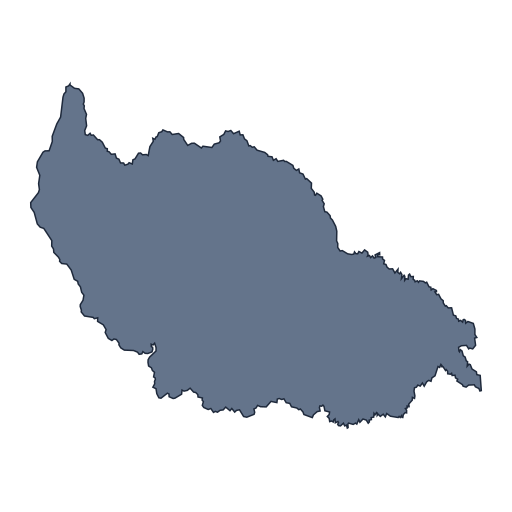 Cajibío, Cauca, Colombia (Equal Earth projection)
{"feature_id": "7082276B54436910707179", "entity_name": "Cajibío", "entity_type": "district", "adm_level": 2, "iso_a3": "COL", "parent_name": "Colombia", "parent_adm1": "Cauca", "projection": "equal_earth", "projection_center": [-76.672, 2.658], "detail": "fine", "context": "isolated", "style": "filled", "palette": "slate", "viewbox_px": 512, "rotation_deg": 0, "n_neighbors": 0, "source": "geoboundaries", "source_scale": "gbopen_adm2", "svg_char_len": 6038}
<svg xmlns="http://www.w3.org/2000/svg" viewBox="0 0 512 512"><path d="M369.1,420.2L371.4,419.6L371.2,417.6L373.7,417.1L374.0,413.4L375.0,414.8L376.6,412.5L377.2,413.0L377.2,415.4L378.1,414.2L380.3,416.4L383.2,414.2L385.3,416.9L386.7,413.5L390.4,416.2L398.2,417.5L399.1,416.4L400.2,417.5L401.5,415.7L402.0,417.4L402.8,417.5L403.3,414.6L405.2,412.6L406.6,412.9L406.6,410.3L405.4,408.5L407.0,408.1L407.1,406.3L407.9,406.9L408.4,405.3L409.0,405.9L408.8,404.0L412.3,400.1L412.4,397.4L414.5,398.4L414.9,395.9L414.0,391.1L414.5,387.7L416.4,387.2L417.8,385.1L420.2,386.1L422.4,383.0L424.2,386.2L426.7,381.8L428.7,380.4L431.0,381.3L431.9,377.9L435.0,375.8L438.0,366.5L439.6,367.4L440.9,364.4L442.0,365.7L441.7,366.7L443.1,366.8L445.5,370.5L446.2,369.6L447.6,371.2L447.7,373.8L450.5,374.2L451.6,373.3L452.1,375.5L455.0,375.2L455.5,377.9L457.7,379.2L456.9,381.0L462.4,384.6L463.1,386.2L466.1,387.1L468.6,385.1L474.3,384.8L475.4,386.8L478.9,388.5L479.9,391.0L481.3,390.6L480.2,375.4L476.8,374.6L476.4,371.8L472.0,369.0L470.3,364.7L469.0,364.1L467.2,366.2L467.6,361.7L466.3,360.9L465.1,357.0L463.3,355.8L462.0,351.0L460.4,349.7L459.5,351.8L458.9,350.9L458.6,347.3L461.5,345.7L466.5,345.4L468.7,348.9L469.7,348.1L472.7,348.9L475.6,345.3L474.6,338.1L476.8,337.5L474.9,334.5L474.9,329.0L473.3,323.4L467.9,321.5L465.7,323.2L465.5,320.4L464.1,319.4L463.2,319.7L462.6,322.1L460.6,320.4L458.7,321.2L458.4,319.1L456.5,318.4L455.8,315.9L453.4,315.1L451.6,307.8L448.2,307.9L446.3,305.7L445.3,306.1L443.3,303.0L443.2,300.7L441.0,298.9L438.6,294.3L436.7,294.7L434.9,291.9L436.5,291.6L436.4,290.5L432.9,288.7L431.2,289.9L430.8,287.2L429.0,286.8L426.7,282.2L425.3,282.9L423.5,281.4L419.5,280.9L418.5,282.3L417.3,280.8L415.1,281.8L414.6,280.2L413.2,279.4L413.3,276.5L410.9,276.7L409.6,274.1L408.5,275.1L408.1,279.2L405.9,278.7L404.7,280.3L404.8,276.3L404.1,275.3L401.4,278.8L401.9,274.5L400.6,272.3L399.7,273.8L397.8,272.4L398.0,269.2L394.9,273.0L392.6,268.8L389.2,269.0L387.0,267.1L386.0,264.5L383.7,263.8L384.5,260.4L382.6,259.0L382.5,257.0L377.4,256.7L378.1,254.7L379.7,254.8L379.6,252.6L375.1,254.9L375.6,257.6L374.1,258.1L372.5,255.9L370.6,257.6L369.5,255.5L367.5,256.2L368.1,254.9L367.7,252.2L364.6,249.9L361.9,253.1L358.9,251.5L357.7,253.8L355.9,253.7L354.5,251.9L353.8,254.1L351.6,254.5L347.6,253.8L342.3,250.6L340.1,251.0L337.7,247.4L337.8,243.6L336.6,240.9L336.8,231.2L335.7,226.4L332.4,220.0L330.5,218.1L330.1,215.7L326.9,212.1L324.8,211.7L323.4,206.6L324.2,203.8L322.1,200.4L322.8,199.2L321.1,195.9L316.8,193.2L315.5,195.3L314.6,195.0L314.2,192.2L311.3,188.4L311.5,183.1L306.7,178.6L305.4,179.1L303.0,174.1L299.6,172.8L298.8,169.0L296.4,170.4L293.8,168.3L292.9,165.4L286.3,161.4L284.7,161.5L283.6,160.3L277.8,161.4L276.1,158.7L273.4,160.3L272.0,156.8L268.0,156.3L267.6,154.7L264.7,152.4L257.1,150.2L254.2,146.8L252.3,147.3L250.2,145.6L248.8,145.9L246.9,140.7L244.5,138.9L242.9,134.8L240.2,134.9L239.2,131.2L233.6,133.7L230.8,130.5L228.1,131.5L225.6,130.9L223.8,134.4L219.8,136.9L220.5,141.0L219.1,142.8L214.3,144.1L211.9,147.5L202.9,146.2L201.4,148.0L194.4,143.2L191.6,143.3L187.7,145.4L183.7,139.4L183.6,137.5L178.6,133.5L172.2,134.5L169.9,131.8L167.5,131.9L162.9,129.9L161.8,131.7L158.8,132.7L157.2,136.6L156.0,137.0L154.9,139.3L152.8,138.3L153.3,141.3L149.9,146.6L148.2,155.6L146.3,154.5L142.5,154.8L140.6,153.0L138.5,153.2L135.0,158.9L132.9,159.8L132.3,164.0L129.1,162.7L127.9,164.2L124.8,165.2L123.6,163.0L120.5,162.9L118.9,159.2L116.4,158.1L115.1,153.9L111.3,154.3L109.0,151.7L107.3,151.3L107.3,148.7L105.3,148.1L102.3,142.2L99.5,139.7L97.6,139.7L93.4,135.0L91.2,135.3L90.1,133.3L87.7,135.4L85.3,134.6L84.7,130.6L86.6,125.8L85.7,118.4L86.5,114.4L84.0,108.5L84.3,105.8L83.3,104.1L84.1,101.9L84.1,98.1L82.6,93.3L78.8,88.9L74.5,88.3L70.0,85.0L70.0,83.9L68.6,85.9L65.9,87.0L65.9,91.8L64.0,93.9L63.0,97.1L60.6,117.1L56.8,123.9L52.2,136.3L52.3,141.5L49.1,150.8L45.0,150.9L43.0,152.2L37.4,161.8L36.6,167.3L39.8,175.3L38.6,183.7L39.4,189.6L38.4,192.7L30.7,202.6L30.9,207.5L34.2,212.4L37.3,223.9L40.2,227.2L43.8,228.4L51.8,240.6L51.7,246.1L53.5,249.0L53.8,252.4L58.4,257.1L59.8,259.5L59.6,261.3L61.7,263.5L66.8,264.1L71.2,270.0L74.2,279.3L77.7,281.3L78.2,284.0L80.4,286.8L81.7,292.3L83.9,295.2L83.0,300.3L80.3,304.6L80.2,306.5L81.4,310.2L81.2,311.9L84.5,316.0L93.2,317.4L94.3,318.7L97.7,317.8L97.6,321.4L103.3,324.8L106.1,329.6L105.2,332.5L108.3,338.4L111.9,340.5L113.9,339.0L116.4,339.5L119.1,343.3L118.9,344.8L120.8,347.9L124.3,350.1L133.6,350.5L137.6,352.2L139.1,354.3L141.8,353.9L142.9,351.6L145.1,353.3L147.8,353.5L152.0,351.9L152.8,349.2L152.6,347.3L151.3,346.6L151.2,344.2L153.0,345.0L154.6,343.2L156.1,347.7L156.0,351.0L149.6,357.1L148.1,359.8L148.0,362.5L148.6,366.0L151.4,367.8L152.4,370.5L154.5,372.3L153.6,376.9L155.1,377.9L155.4,379.3L154.5,381.4L154.7,383.8L152.9,387.2L156.0,388.7L156.8,393.7L158.9,397.8L161.0,398.2L167.4,393.2L169.0,394.0L169.1,396.7L173.1,398.5L174.9,398.2L181.6,394.2L182.0,390.1L184.0,391.1L187.3,390.4L190.1,388.2L193.6,392.1L195.7,392.5L197.8,394.6L198.0,397.0L202.4,398.0L202.1,400.1L203.4,401.6L202.3,405.4L203.8,407.5L208.2,409.5L210.8,408.5L213.5,412.4L215.3,411.4L217.5,412.2L220.1,410.3L223.2,409.9L225.7,407.1L230.0,410.7L231.8,408.5L234.7,412.1L236.5,410.4L239.5,409.8L243.6,416.5L246.8,417.2L254.1,414.3L254.7,412.3L253.9,409.0L256.0,408.0L257.6,405.4L260.5,406.7L266.2,406.9L271.0,401.4L276.9,402.6L277.3,399.1L279.2,398.5L281.7,399.5L283.9,398.8L286.2,402.7L289.8,403.4L291.5,406.8L296.8,408.0L298.8,409.7L300.4,409.0L303.0,412.0L303.9,414.5L312.3,417.6L313.5,414.8L317.2,411.6L320.1,411.0L319.4,407.5L319.9,405.9L321.7,406.2L322.9,405.1L324.0,406.4L324.9,410.8L329.6,412.0L329.2,414.5L327.3,416.5L329.2,418.4L329.7,421.6L331.6,421.0L333.2,422.0L333.7,419.9L335.0,418.9L335.3,422.8L337.9,421.5L338.5,422.6L337.7,424.3L338.5,425.6L340.5,425.9L343.4,423.2L344.7,425.9L346.5,425.1L347.3,428.1L348.1,427.6L347.9,424.1L348.5,423.1L353.2,424.4L355.5,423.1L356.8,424.1L358.7,419.7L359.9,422.3L363.0,419.0L366.3,420.1L368.2,423.2L369.4,421.9L369.1,420.2Z" fill="#64748b" stroke="#1e293b" stroke-width="1.5"/></svg>